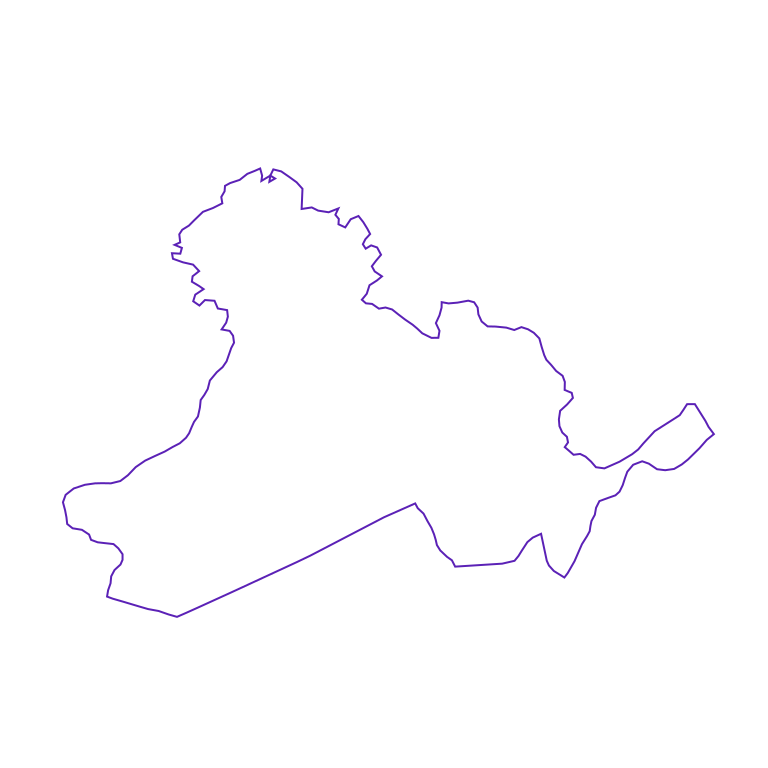 the district of Araquari, Santa Catarina, Brazil, rotated 87°
{"feature_id": "56859067B70811367539242", "entity_name": "Araquari", "entity_type": "district", "adm_level": 2, "iso_a3": "BRA", "parent_name": "Brazil", "parent_adm1": "Santa Catarina", "projection": "natural_earth1", "projection_center": [-48.775, -26.443], "detail": "fine", "context": "isolated", "style": "outline", "palette": "violet", "viewbox_px": 768, "rotation_deg": 87, "n_neighbors": 0, "source": "geoboundaries", "source_scale": "gbopen_adm2", "svg_char_len": 3333}
<svg xmlns="http://www.w3.org/2000/svg" viewBox="0 0 768 768"><g transform="rotate(87 384 384)"><path d="M586.7,214.0L582.4,210.4L570.9,203.0L554.3,194.7L546.5,189.2L541.8,186.3L536.7,185.3L531.7,184.0L525.6,180.3L518.7,178.7L512.2,175.0L509.5,166.2L507.3,158.7L503.8,154.4L497.5,150.9L490.4,148.2L484.3,145.6L477.7,139.4L474.7,130.2L477.4,123.7L483.4,115.8L484.8,107.7L484.0,98.7L479.9,90.8L475.3,84.4L464.6,72.3L456.7,64.6L451.3,57.2L443.9,62.1L437.6,65.0L420.4,74.6L420.0,82.4L425.8,86.6L430.6,90.3L435.3,98.5L445.3,116.2L457.0,128.2L462.7,133.6L467.1,139.9L473.9,152.8L479.8,168.3L478.2,176.7L472.3,181.3L467.1,186.5L464.1,191.8L464.6,198.4L460.2,202.9L456.5,206.8L452.0,203.3L446.3,204.1L441.8,208.5L435.3,211.0L428.5,211.2L420.0,209.5L414.0,202.2L407.8,196.1L402.7,197.0L399.4,203.9L391.4,203.3L385.2,205.2L380.0,211.4L373.8,216.0L368.3,220.6L363.5,222.5L355.3,224.6L346.6,226.5L340.7,231.7L336.9,237.3L334.4,243.8L336.9,251.1L334.1,258.9L332.5,269.5L331.9,277.5L326.7,283.2L319.4,286.1L312.6,286.5L307.1,289.7L305.2,295.5L306.6,306.4L306.9,315.3L305.3,322.1L310.7,322.5L318.3,325.0L325.9,329.0L333.8,325.8L340.7,327.3L340.4,334.2L335.4,343.1L330.3,348.0L326.3,352.3L320.8,359.5L315.3,366.0L310.0,372.0L307.7,378.5L308.5,385.1L303.4,391.7L302.5,397.8L298.7,401.7L293.0,396.5L284.6,393.3L280.3,385.7L276.4,380.4L271.1,387.4L265.8,390.0L260.7,385.7L254.8,380.2L247.3,383.7L244.9,389.6L247.9,395.2L243.3,397.8L238.4,395.0L233.5,390.0L228.1,392.5L221.3,396.2L214.9,400.7L217.7,408.6L225.6,414.5L222.1,421.1L216.8,420.5L212.5,423.7L206.3,420.4L209.6,430.3L207.4,440.7L203.9,446.9L204.9,457.1L194.4,456.1L184.8,455.2L178.0,460.7L172.4,467.6L166.3,475.5L163.9,483.3L169.9,486.6L174.8,495.8L169.6,494.8L162.3,496.4L164.4,501.9L167.0,509.5L172.6,517.4L175.3,527.2L177.8,532.4L183.2,533.1L188.7,536.7L195.1,536.0L199.3,545.6L202.6,555.8L210.6,565.0L215.6,570.5L219.4,577.4L223.8,580.6L231.9,580.1L234.1,585.8L237.5,578.7L243.2,580.6L242.3,588.9L247.9,588.2L252.0,578.3L254.8,568.4L261.6,562.7L266.4,569.5L271.8,570.5L276.4,563.6L279.8,559.2L284.9,567.8L291.4,570.2L296.0,564.2L290.8,558.4L292.0,548.9L299.9,546.0L302.0,536.8L308.6,536.4L314.5,538.4L321.0,543.3L322.9,535.4L327.9,532.2L334.9,531.6L340.1,534.7L345.0,536.7L353.1,540.0L358.6,544.2L363.5,550.4L371.4,557.7L379.8,560.3L385.5,564.0L390.4,567.9L398.0,569.1L406.7,571.5L411.9,575.7L417.1,578.4L423.0,581.2L427.3,584.5L432.5,591.0L435.8,598.3L440.0,606.5L444.0,616.7L448.0,626.5L454.0,636.3L461.7,644.5L467.1,652.4L468.9,661.9L468.3,670.7L468.1,677.8L469.0,688.0L472.1,699.3L478.0,707.7L485.3,710.8L493.3,709.1L500.5,708.1L507.2,707.7L511.8,702.5L513.8,693.3L518.9,686.4L524.3,684.7L527.1,678.2L528.2,671.7L529.7,662.5L534.2,657.9L540.3,654.0L545.9,654.3L550.5,656.6L555.6,662.8L561.8,666.5L568.7,667.5L575.5,670.3L581.8,671.7L584.2,666.1L587.7,656.0L591.2,646.2L593.9,638.6L596.4,631.4L598.9,620.9L602.9,611.1L605.7,602.9L602.1,593.3L597.4,581.2L583.9,546.9L557.3,480.4L551.6,466.7L517.1,391.0L504.9,359.1L509.8,356.8L515.5,351.3L523.3,347.7L530.1,344.2L536.7,341.9L542.4,340.5L547.6,339.6L553.2,336.5L560.0,330.0L563.6,325.4L570.1,322.5L569.6,275.4L567.4,262.9L562.8,258.7L557.9,255.3L549.4,249.1L545.2,243.5L541.8,235.0L569.0,230.7L573.9,228.8L579.6,224.2L586.7,214.0ZM169.9,486.6L173.1,482.0L176.1,487.9L169.9,486.6Z" fill="none" stroke="#5b21b6" stroke-width="2"/></g></svg>